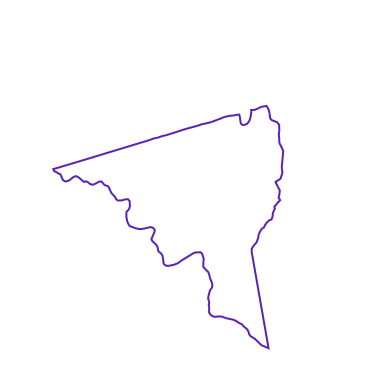 the district of Abel Figueiredo, Pará, Brazil, rotated 205°
{"feature_id": "56859067B3237118646317", "entity_name": "Abel Figueiredo", "entity_type": "district", "adm_level": 2, "iso_a3": "BRA", "parent_name": "Brazil", "parent_adm1": "Pará", "projection": "robinson", "projection_center": [-48.422, -4.963], "detail": "fine", "context": "isolated", "style": "outline", "palette": "violet", "viewbox_px": 384, "rotation_deg": 205, "n_neighbors": 0, "source": "geoboundaries", "source_scale": "gbopen_adm2", "svg_char_len": 2269}
<svg xmlns="http://www.w3.org/2000/svg" viewBox="0 0 384 384"><g transform="rotate(205 192 192)"><path d="M327.4,154.1L325.5,152.6L323.2,152.7L320.7,152.3L318.8,152.5L313.9,148.2L311.3,148.0L309.6,149.1L308.2,150.7L305.9,155.2L304.2,157.2L301.7,157.5L294.0,155.5L292.3,157.0L290.4,156.9L288.2,156.2L285.1,156.5L283.0,158.8L280.6,162.1L278.4,163.3L274.4,161.4L270.3,161.7L264.5,157.0L259.2,154.8L257.7,153.3L255.5,153.0L253.1,154.1L251.4,155.3L249.5,157.0L247.0,158.4L244.6,157.3L242.5,153.4L241.9,151.1L242.0,149.0L243.0,146.4L241.2,142.1L238.5,138.3L236.8,136.6L234.1,134.8L228.5,135.3L223.9,136.1L219.6,138.8L214.9,142.6L212.5,143.1L210.2,142.4L209.1,140.3L208.9,132.2L207.3,130.8L202.4,129.2L200.3,127.9L199.0,126.2L197.5,124.1L195.6,123.6L193.8,123.1L192.0,122.0L189.2,118.0L188.1,115.9L186.5,114.6L184.3,114.3L182.2,115.0L177.5,118.5L174.3,122.0L172.9,125.0L164.5,137.6L162.7,139.1L160.6,140.0L158.8,141.0L157.0,140.5L153.4,136.8L152.5,134.6L150.3,129.1L146.1,127.2L143.7,126.5L142.0,125.0L139.1,121.4L136.1,118.7L134.0,116.0L133.5,113.5L134.0,111.5L134.0,109.3L133.1,104.7L132.5,102.6L129.5,98.9L129.1,96.7L127.7,94.8L125.6,90.0L123.5,88.7L121.2,88.1L118.8,88.4L114.8,90.7L112.2,91.7L107.7,92.1L100.4,93.7L98.0,93.8L93.6,93.1L90.9,93.2L88.8,92.2L83.8,90.8L81.6,89.1L80.0,87.1L77.9,86.1L72.9,85.5L64.3,82.5L56.6,82.8L112.5,162.8L113.9,165.8L113.3,170.1L112.2,173.5L112.6,178.5L113.5,181.3L113.6,185.0L113.2,188.2L111.8,190.3L111.8,192.7L111.4,195.4L110.3,198.6L108.3,200.8L108.7,204.1L109.8,207.1L109.9,209.8L109.9,212.1L111.2,213.7L110.3,216.2L109.8,218.7L108.6,221.9L111.1,223.4L111.8,226.8L112.5,228.8L113.3,230.8L116.9,233.4L120.5,236.4L117.4,241.4L118.2,247.7L121.2,252.6L126.6,267.7L130.5,271.0L132.7,272.7L134.2,274.4L135.1,276.6L137.6,280.7L138.7,284.3L141.5,289.8L144.5,291.2L149.8,290.8L152.3,291.8L155.4,296.7L157.5,299.2L160.8,301.5L165.0,298.6L169.8,292.9L173.0,291.4L171.8,288.9L170.5,284.2L170.1,280.7L170.8,277.2L172.1,275.6L174.4,274.1L176.6,274.7L178.3,277.0L180.3,280.2L181.9,282.1L184.3,280.7L186.4,279.1L190.1,276.9L194.2,273.8L196.8,271.0L203.2,264.4L206.3,261.6L211.4,257.8L215.3,254.1L224.2,246.6L238.8,233.1L243.4,229.4L245.5,227.2L249.0,224.6L252.7,220.9L315.9,164.3L327.4,154.1Z" fill="none" stroke="#5b21b6" stroke-width="2"/></g></svg>